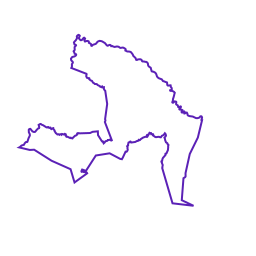 outline of Santa Rosa de Copan, Copán, Honduras, rotated 204°
{"feature_id": "27666195B67086372267843", "entity_name": "Santa Rosa de Copan", "entity_type": "district", "adm_level": 2, "iso_a3": "HND", "parent_name": "Honduras", "parent_adm1": "Copán", "projection": "robinson", "projection_center": [-88.756, 14.808], "detail": "fine", "context": "isolated", "style": "outline", "palette": "violet", "viewbox_px": 256, "rotation_deg": 204, "n_neighbors": 0, "source": "geoboundaries", "source_scale": "gbopen_adm2", "svg_char_len": 5914}
<svg xmlns="http://www.w3.org/2000/svg" viewBox="0 0 256 256"><g transform="rotate(204 128 128)"><path d="M146.9,70.0L147.5,70.5L147.9,70.5L149.6,70.1L150.3,69.8L151.8,69.6L152.4,69.4L152.6,69.2L153.0,69.6L153.0,71.4L152.6,71.5L149.0,71.7L146.2,89.8L134.5,97.4L122.4,96.6L121.7,96.9L120.9,97.0L120.7,99.0L120.6,105.4L120.0,105.5L119.6,105.8L119.4,106.5L119.3,107.3L119.5,108.3L120.3,109.3L120.6,110.3L121.4,111.0L120.8,112.1L121.3,113.0L121.3,113.8L121.6,114.6L121.6,115.0L120.8,115.7L120.6,116.3L120.4,116.6L120.0,116.6L119.6,116.1L119.2,116.0L115.7,118.2L114.6,119.7L113.7,120.2L113.4,121.5L112.7,121.4L112.2,121.8L111.9,122.9L110.3,125.4L108.4,127.2L107.2,127.5L107.2,127.9L107.7,128.8L107.8,129.2L107.7,129.4L106.7,128.8L106.4,131.3L106.5,131.9L106.4,132.4L105.6,132.4L104.9,132.7L104.3,131.8L103.1,132.4L102.5,132.5L102.3,132.3L102.4,131.6L102.3,131.4L100.9,131.2L99.7,130.9L98.7,131.0L96.7,132.3L95.8,132.6L94.8,132.6L94.2,132.9L93.9,134.6L92.6,136.1L92.2,138.2L91.3,137.8L90.3,136.7L90.2,136.1L90.3,135.4L90.8,134.0L89.8,133.1L89.2,132.1L87.5,130.4L85.9,130.1L85.5,129.8L85.2,129.3L84.1,128.9L84.0,127.8L83.5,126.9L82.6,124.2L82.5,123.5L82.6,122.7L82.5,120.8L82.6,120.5L83.3,119.8L83.3,119.6L83.3,119.4L82.8,118.9L82.8,118.5L83.4,116.5L83.9,115.0L83.9,113.5L83.5,112.1L83.9,111.3L83.8,110.8L83.6,110.6L83.3,110.7L83.1,110.6L83.0,110.2L82.6,109.6L81.2,108.3L80.9,106.9L80.5,105.9L80.5,105.4L56.7,77.3L36.5,83.6L49.5,83.9L56.9,104.7L55.9,106.2L55.7,107.0L55.8,107.4L57.1,110.2L61.0,129.4L60.3,147.7L63.5,165.1L63.9,164.9L64.2,165.1L64.5,167.5L65.3,168.4L65.8,168.5L66.2,168.4L66.7,167.9L66.9,166.8L67.6,166.0L68.6,165.2L69.9,164.7L73.5,164.8L76.6,163.9L78.1,163.8L78.8,164.1L79.8,165.5L80.6,166.0L81.1,165.7L82.1,164.3L82.5,164.2L82.7,164.6L82.9,165.8L83.3,166.0L83.8,165.6L84.1,164.8L84.5,164.3L84.8,164.1L85.2,164.1L85.6,164.4L85.7,164.6L85.6,165.2L85.2,165.9L85.3,166.3L85.5,166.5L86.4,166.5L88.0,165.9L88.5,165.9L88.8,166.1L88.8,166.5L88.4,167.2L88.2,167.9L88.2,168.8L88.5,169.1L88.8,169.1L89.1,168.8L89.8,167.7L90.2,167.6L90.7,167.6L91.7,168.9L93.2,169.1L93.8,169.4L94.4,171.3L94.6,171.5L95.0,171.6L96.2,171.3L96.9,169.6L97.4,169.3L97.9,169.4L98.1,170.0L98.1,171.2L98.7,172.8L98.8,174.1L99.2,176.8L99.4,177.6L99.6,179.2L100.6,179.7L102.2,179.9L102.9,179.8L104.0,179.3L104.7,179.3L104.9,179.6L104.6,179.9L104.0,180.3L103.8,180.6L103.7,180.9L103.8,181.4L104.5,182.4L105.7,183.0L106.4,184.3L106.8,184.2L108.3,183.2L109.0,183.0L109.6,183.3L110.7,185.2L111.0,185.5L112.4,185.3L113.9,185.3L115.1,185.1L117.0,186.2L119.9,186.0L121.4,186.3L122.5,186.9L124.2,188.8L125.5,189.6L127.6,189.8L129.0,189.4L129.6,189.6L131.8,192.3L133.7,192.6L134.6,193.0L135.3,193.7L135.8,194.6L136.1,195.0L136.8,195.5L137.7,195.8L138.3,195.8L139.0,195.5L140.3,195.3L141.9,194.7L142.3,194.8L142.8,195.3L143.5,195.8L144.7,195.8L145.2,195.6L146.8,194.7L147.5,193.8L148.2,193.6L149.6,195.0L152.6,196.1L153.2,196.8L154.2,197.5L156.2,198.5L157.0,198.5L158.0,198.3L159.8,197.6L161.9,197.7L162.1,198.9L162.3,199.1L162.9,199.3L164.6,199.5L165.4,199.4L167.5,198.1L168.3,198.1L169.5,198.4L170.6,198.2L171.4,197.9L173.2,196.6L174.8,196.4L175.7,196.5L176.6,195.9L177.6,196.6L178.2,196.6L178.8,196.3L179.9,195.0L180.3,194.8L181.2,195.0L183.6,196.2L186.8,196.6L187.7,196.5L189.3,196.1L190.3,195.2L190.9,194.4L191.3,192.8L191.7,191.7L193.8,189.8L194.1,189.3L194.3,188.5L194.8,188.2L195.1,188.3L195.2,188.9L195.9,189.6L197.2,189.9L197.9,189.8L198.4,189.9L198.9,190.9L199.3,191.2L200.6,191.0L201.5,190.4L202.4,189.5L202.6,189.5L203.5,190.3L203.6,192.3L204.7,192.7L204.9,192.6L205.2,192.3L205.9,189.7L206.7,189.0L207.2,189.0L209.1,189.8L209.4,190.1L209.5,190.7L209.5,192.3L209.6,192.7L210.4,193.0L211.2,192.9L211.8,191.9L212.0,191.2L212.0,190.8L211.3,189.7L211.1,189.0L211.4,186.8L212.0,185.2L212.2,184.2L210.9,182.6L209.5,182.7L209.1,182.4L209.1,182.1L209.7,180.3L209.5,179.7L208.5,177.8L208.5,177.2L208.9,176.2L208.8,175.8L207.9,175.3L206.9,174.1L205.4,174.2L205.1,173.8L205.1,173.1L205.9,171.7L207.8,170.2L208.3,168.2L208.0,167.6L207.4,166.8L206.6,166.4L205.7,166.1L205.1,165.6L205.0,164.8L205.2,163.6L205.0,162.9L204.4,161.9L204.2,161.2L204.2,159.8L188.0,160.6L187.6,160.1L187.3,158.4L186.0,157.2L184.8,157.4L184.4,157.3L183.9,157.7L183.6,157.7L183.4,157.5L183.4,157.0L183.2,156.8L181.6,156.3L180.1,156.4L178.4,155.2L177.2,155.1L176.3,154.7L174.4,155.4L173.2,154.9L170.8,154.8L170.1,154.4L169.8,154.6L168.9,154.5L168.7,154.9L168.6,155.4L168.5,155.5L167.7,154.8L167.2,155.2L166.6,155.5L166.1,154.2L165.7,153.7L164.7,153.0L163.9,152.7L156.8,141.5L152.5,126.7L152.1,126.3L151.6,125.5L151.6,124.1L137.8,110.2L138.1,109.8L138.5,109.7L140.0,109.9L140.8,109.1L141.6,108.8L141.6,108.3L141.8,107.8L142.2,107.4L142.8,107.1L143.2,106.7L143.5,105.1L144.0,104.1L144.8,104.9L145.4,105.0L145.4,105.5L145.7,105.6L146.3,105.3L146.8,105.5L152.5,109.3L154.2,112.7L158.8,110.1L160.6,108.0L170.1,103.4L170.5,103.4L171.8,102.9L172.1,102.6L172.2,102.2L172.1,101.9L171.7,101.5L171.8,101.3L172.4,100.1L173.2,99.4L174.4,96.6L174.5,95.9L175.6,95.7L176.3,95.9L176.7,95.3L179.9,95.4L180.4,95.0L180.8,95.0L181.5,95.7L182.2,96.8L182.5,97.0L182.7,96.9L182.8,96.3L183.5,96.8L184.2,95.9L185.5,95.8L185.9,95.7L186.0,94.8L186.6,95.0L187.1,94.9L187.5,94.6L187.8,93.9L188.8,94.1L189.5,93.5L190.0,93.4L191.2,93.9L191.8,93.9L192.4,94.4L193.6,95.1L193.9,95.7L194.4,96.1L195.5,96.5L196.2,97.5L196.5,97.3L197.6,95.8L198.1,96.0L198.7,96.6L199.0,96.8L200.0,96.0L201.0,96.5L201.4,96.4L201.7,96.2L201.9,95.7L202.7,95.4L206.7,96.0L208.4,95.9L209.3,96.2L209.8,96.0L210.9,94.5L209.3,92.5L209.2,91.7L210.0,90.9L210.8,88.7L211.1,87.3L211.4,86.6L212.3,86.1L213.9,86.0L216.8,87.5L217.4,87.2L217.9,86.5L217.9,85.9L216.8,83.7L215.4,82.6L214.7,81.5L214.6,80.7L214.7,78.3L214.3,74.5L214.5,74.1L215.3,73.8L215.7,73.4L216.2,71.8L216.2,70.4L218.1,68.7L218.4,68.1L218.9,66.8L219.5,66.0L208.8,68.0L204.9,70.0L184.5,67.0L163.7,67.0L154.7,56.5L146.9,70.0Z" fill="none" stroke="#5b21b6" stroke-width="2"/></g></svg>